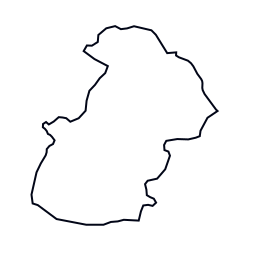 SVG path tracing the border of Montana, rotated 188°
{"feature_id": "BGR-2250", "entity_name": "Montana", "entity_type": "Province", "adm_level": 1, "iso_a3": "BGR", "parent_name": "Bulgaria", "parent_adm1": "", "projection": "orthographic", "projection_center": [23.215, 43.499], "detail": "fine", "context": "isolated", "style": "outline", "palette": "ink", "viewbox_px": 256, "rotation_deg": 188, "n_neighbors": 0, "source": "natural_earth", "source_scale": "10m", "svg_char_len": 1230}
<svg xmlns="http://www.w3.org/2000/svg" viewBox="0 0 256 256"><g transform="rotate(188 128 128)"><path d="M90.8,209.6L90.5,206.5L87.4,205.1L78.0,203.0L74.6,200.9L71.9,198.2L66.9,191.3L62.3,186.6L61.1,184.8L60.5,182.8L60.0,178.0L59.3,175.9L56.9,172.3L43.4,158.5L41.7,157.3L50.7,149.2L55.8,135.4L55.8,129.9L59.6,127.8L66.7,125.1L77.7,123.9L88.3,120.6L89.9,116.2L88.8,111.2L84.7,110.3L82.6,106.4L85.4,92.3L92.1,81.9L101.2,78.5L103.3,74.8L101.2,69.5L100.0,64.1L96.4,62.6L92.6,61.6L89.8,58.0L92.8,54.3L97.4,54.7L102.1,53.4L103.6,47.2L104.5,37.8L119.4,36.5L125.1,34.1L131.8,32.6L138.8,28.8L156.0,26.4L186.1,27.9L206.6,39.1L211.9,40.0L214.3,48.6L212.4,71.4L209.4,80.8L205.7,89.5L205.2,92.6L205.5,95.8L203.3,99.3L200.0,101.7L199.0,105.6L202.2,108.8L204.2,110.3L206.5,111.0L208.0,113.6L210.1,115.6L212.4,116.9L212.7,120.1L210.0,122.5L206.9,120.5L202.4,124.1L198.1,129.1L194.3,129.3L190.5,129.1L186.0,126.2L178.2,130.8L172.4,139.2L172.8,149.3L171.4,159.5L166.7,166.1L162.9,173.4L158.2,179.2L156.6,186.5L170.8,191.6L182.6,198.0L180.2,204.0L175.2,204.5L169.9,209.0L170.3,216.0L163.4,223.7L154.9,227.1L148.8,224.9L142.8,226.5L136.2,229.6L118.4,228.0L113.4,224.2L99.6,207.6L90.8,209.6Z" fill="none" stroke="#020617" stroke-width="2"/></g></svg>